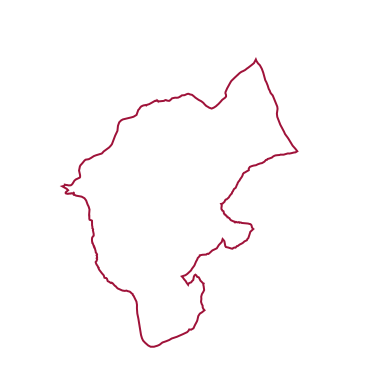 outline of Nyang'hwale, Mwanza, United Republic of Tanzania, rotated 227°
{"feature_id": "72390352B96686223722654", "entity_name": "Nyang'hwale", "entity_type": "district", "adm_level": 2, "iso_a3": "TZA", "parent_name": "United Republic of Tanzania", "parent_adm1": "Mwanza", "projection": "albers", "projection_center": [32.613, -3.178], "detail": "fine", "context": "isolated", "style": "outline", "palette": "rose", "viewbox_px": 384, "rotation_deg": 227, "n_neighbors": 0, "source": "geoboundaries", "source_scale": "gbopen_adm2", "svg_char_len": 5958}
<svg xmlns="http://www.w3.org/2000/svg" viewBox="0 0 384 384"><g transform="rotate(227 192 192)"><path d="M123.1,211.6L123.9,211.5L125.4,211.8L126.3,212.4L127.5,212.9L128.6,212.8L130.8,211.4L135.4,207.3L136.3,207.0L136.7,206.5L137.0,206.4L137.3,206.2L137.3,205.7L138.1,205.6L138.7,204.6L139.0,204.4L139.7,203.9L140.0,203.9L140.3,203.7L140.4,202.7L141.1,202.6L141.7,202.7L142.1,202.4L144.6,201.3L145.5,201.2L146.6,201.3L147.1,201.5L147.7,201.4L148.3,201.1L148.9,201.1L149.3,200.7L150.0,201.1L150.6,200.8L151.7,200.8L152.3,201.0L153.0,200.9L153.3,200.5L154.9,200.9L155.4,201.4L156.5,201.9L157.7,201.5L158.5,201.8L159.2,201.8L160.3,202.6L160.7,203.2L161.3,203.8L161.5,204.3L162.0,204.5L162.4,205.0L163.4,205.2L162.7,206.4L162.7,209.2L163.4,210.6L163.3,211.4L163.4,211.6L163.2,212.0L163.0,212.4L162.9,215.2L163.4,216.8L163.8,219.3L163.7,220.0L164.1,220.7L164.4,221.0L164.6,222.3L165.1,223.5L165.5,224.8L165.3,226.9L166.6,229.7L166.9,230.7L167.4,231.5L167.9,233.2L168.0,234.5L168.5,235.9L169.0,238.4L169.6,240.2L170.4,241.5L170.6,243.0L170.3,243.6L169.8,246.0L169.2,248.4L170.5,249.6L170.9,251.5L170.1,253.5L169.3,255.1L168.0,257.0L167.4,259.0L166.4,261.3L165.4,262.9L164.8,265.6L165.0,267.9L164.4,268.8L164.6,269.8L163.9,271.1L162.7,273.9L162.7,275.1L162.4,276.6L161.9,277.9L160.9,279.3L159.4,281.2L158.9,282.3L158.0,283.2L156.8,284.5L154.9,288.3L153.6,289.6L152.6,291.2L151.4,293.4L150.4,294.8L150.0,296.8L153.1,297.1L157.3,297.2L165.4,298.9L167.6,299.2L168.7,299.3L171.0,299.6L173.3,300.4L181.1,302.5L188.8,305.6L191.4,307.5L194.5,311.3L196.3,312.6L207.6,316.9L209.1,316.9L211.1,317.1L213.2,318.0L215.0,318.4L218.3,320.0L221.7,321.3L223.7,321.8L230.7,325.5L234.5,327.1L238.4,328.1L241.0,328.0L243.9,328.5L245.4,329.1L244.0,325.2L244.2,322.1L244.6,317.8L244.6,317.6L244.7,317.3L244.8,316.5L245.0,314.0L245.6,311.8L246.2,310.1L246.5,308.0L246.5,307.0L246.5,301.2L246.4,296.6L246.0,295.0L243.8,288.3L242.2,284.6L241.3,283.7L240.0,283.2L239.3,282.7L239.0,282.3L238.6,282.0L238.4,280.6L238.8,277.0L238.5,274.2L238.3,271.3L238.4,268.8L238.3,268.5L238.8,265.6L239.6,263.3L240.9,262.6L241.9,262.1L243.8,261.6L245.2,261.1L246.4,261.1L247.1,261.0L249.5,261.1L252.0,260.7L254.8,259.7L258.8,258.8L260.2,258.7L263.0,258.3L264.9,257.0L266.1,256.5L266.8,255.7L267.3,254.4L267.5,253.8L267.9,252.6L269.1,251.1L269.7,250.2L269.7,248.7L270.0,248.3L270.0,247.7L270.5,246.2L271.6,244.8L272.5,244.0L274.1,241.3L274.0,239.6L274.1,239.0L274.0,238.7L274.1,237.7L274.9,236.8L276.4,235.8L277.1,235.6L277.5,234.9L277.8,233.6L281.0,229.4L281.7,229.2L282.3,229.1L282.2,229.0L282.5,229.0L283.2,227.8L283.4,227.9L283.9,227.1L284.7,223.6L285.5,220.5L286.4,218.7L286.5,217.6L287.1,217.6L288.5,215.4L289.2,213.3L289.1,211.6L288.7,210.2L288.6,208.6L286.2,204.0L286.9,200.6L287.9,198.6L292.2,191.0L292.7,189.1L292.6,186.3L290.9,183.0L287.6,179.2L285.6,174.2L281.6,166.1L281.3,164.5L281.1,161.8L281.9,155.0L281.7,153.2L281.7,152.2L284.3,146.9L285.2,144.7L285.8,141.3L286.4,138.9L288.2,136.2L288.3,134.8L287.8,131.2L287.6,128.7L287.2,127.5L284.7,124.0L280.6,121.6L279.3,120.4L279.1,119.7L280.0,116.8L280.1,116.4L280.3,116.2L280.5,114.0L280.3,113.0L280.1,112.4L279.5,110.2L279.4,108.9L279.6,107.9L279.9,107.5L280.9,106.3L282.1,105.5L282.4,105.2L283.8,104.2L283.6,104.1L283.9,103.1L283.8,102.5L284.6,101.0L279.9,102.5L277.8,102.6L277.9,99.6L277.5,98.9L277.0,98.8L275.7,99.6L275.0,100.4L274.8,101.0L274.5,101.3L274.1,101.5L273.8,101.9L273.7,102.4L273.5,102.8L272.9,103.1L272.8,103.5L272.3,103.8L271.9,104.2L271.9,104.5L272.1,104.8L272.1,105.0L271.9,105.0L271.6,104.8L271.6,104.6L271.3,104.2L271.5,104.2L271.4,103.8L271.0,103.7L270.6,103.6L270.2,103.8L269.8,104.2L268.3,104.8L263.9,108.1L260.8,109.1L258.0,108.8L254.0,107.1L251.9,106.5L249.1,105.1L245.5,101.2L244.9,100.7L244.8,100.8L242.4,98.6L241.5,98.2L240.7,98.6L240.1,99.0L239.3,99.3L238.1,98.3L235.8,96.2L234.3,95.3L233.4,94.4L232.7,94.4L232.0,94.1L231.7,93.5L228.4,91.5L227.1,90.3L227.1,89.5L227.0,89.2L226.8,88.0L225.7,86.6L224.0,85.2L222.9,84.7L222.8,84.4L222.4,84.5L220.2,83.6L218.7,82.9L218.7,83.2L217.0,82.5L214.5,81.2L213.4,80.4L212.2,80.3L211.1,80.0L210.7,79.0L210.3,79.0L209.9,78.9L209.3,78.1L208.8,77.9L208.7,77.4L208.6,77.1L208.3,77.1L207.6,76.9L207.2,76.0L206.7,75.4L206.5,73.8L205.9,73.4L204.5,72.9L204.1,72.7L202.7,72.6L201.8,72.3L201.2,72.2L201.3,72.1L199.3,71.4L198.2,71.1L194.2,70.7L191.2,70.6L189.0,69.5L188.0,70.1L187.5,70.6L186.4,70.6L184.4,69.6L183.6,69.8L182.5,70.3L181.5,70.4L180.6,70.7L180.5,71.4L179.5,71.7L176.1,71.6L175.0,71.9L173.5,71.8L172.1,71.9L167.4,73.9L165.5,75.4L164.5,76.9L163.6,77.2L161.6,78.5L160.3,78.7L159.2,78.7L157.7,79.0L157.0,78.5L156.5,78.4L156.0,78.5L149.7,76.6L147.0,74.8L144.5,72.4L140.4,69.1L136.1,66.5L122.2,57.2L119.2,55.7L116.7,54.9L113.8,54.9L109.6,55.3L107.1,56.2L104.8,58.6L103.1,62.0L102.4,64.1L102.1,67.7L100.5,71.3L99.3,74.4L98.7,77.2L96.4,82.2L94.2,88.5L92.8,92.9L92.9,94.9L93.4,96.2L91.9,97.5L91.3,100.1L92.6,103.2L94.0,107.3L94.6,108.5L97.0,112.0L97.7,114.8L97.2,117.3L97.0,120.5L98.8,120.6L100.3,121.1L101.7,122.3L103.4,122.7L105.5,123.7L107.4,125.9L109.2,127.4L110.6,129.7L111.2,132.0L112.0,134.0L115.2,136.3L116.5,137.0L117.1,138.1L117.7,137.8L119.9,137.8L121.3,137.7L124.3,138.6L125.2,138.7L126.0,138.1L126.7,137.9L127.8,138.3L129.2,138.1L129.3,136.9L128.8,135.6L126.8,132.9L126.8,131.4L126.5,129.8L127.3,127.9L127.4,127.0L126.8,125.9L129.5,126.2L130.9,126.6L133.6,126.7L135.5,127.0L137.2,127.0L135.6,130.5L135.3,132.7L135.3,137.7L135.9,139.7L136.6,143.6L138.4,147.6L139.0,149.6L139.8,151.2L139.9,153.9L140.4,154.5L138.9,156.9L136.5,159.8L136.5,160.5L136.3,161.2L135.5,161.8L135.4,163.0L135.4,167.0L133.9,171.7L134.9,175.4L135.2,179.7L136.7,182.3L135.5,182.3L133.9,182.1L129.8,179.5L128.6,179.3L126.7,180.6L123.7,182.3L122.9,183.0L122.9,184.1L122.4,185.2L121.6,185.9L121.8,187.9L121.3,188.5L121.1,190.6L120.9,191.6L120.4,193.1L120.1,194.7L120.1,196.7L119.3,199.2L119.8,200.3L119.9,201.8L121.6,204.9L123.1,207.5L123.1,211.6Z" fill="none" stroke="#9f1239" stroke-width="2"/></g></svg>